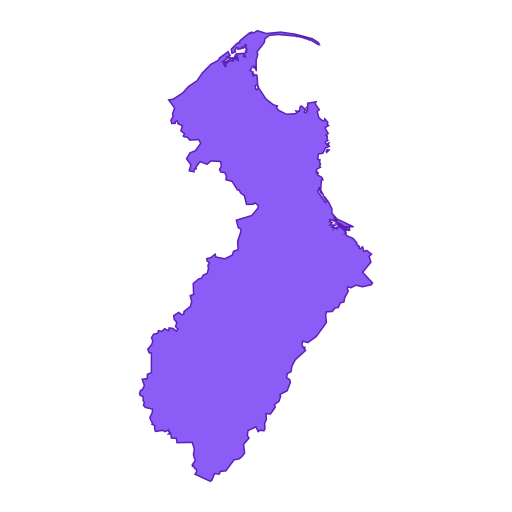 Tasman District, Tasman District, New Zealand
{"feature_id": "76426892B40420864534448", "entity_name": "Tasman District", "entity_type": "district", "adm_level": 2, "iso_a3": "NZL", "parent_name": "New Zealand", "parent_adm1": "Tasman District", "projection": "albers", "projection_center": [172.761, -41.402], "detail": "fine", "context": "isolated", "style": "filled", "palette": "violet", "viewbox_px": 512, "rotation_deg": 0, "n_neighbors": 0, "source": "geoboundaries", "source_scale": "gbopen_adm2", "svg_char_len": 5994}
<svg xmlns="http://www.w3.org/2000/svg" viewBox="0 0 512 512"><path d="M353.1,238.4L346.4,235.6L345.9,233.5L344.9,233.7L346.0,232.5L341.5,227.6L337.5,227.0L336.4,227.4L336.9,228.7L334.6,227.7L333.6,228.8L333.8,227.5L331.9,227.0L335.5,225.0L330.0,225.0L332.2,222.5L329.3,221.6L330.7,220.3L329.4,219.1L334.6,221.1L334.3,217.9L335.5,219.1L336.1,217.9L331.9,213.3L331.9,208.7L328.3,201.7L324.9,197.3L322.9,195.5L326.7,201.3L325.3,202.5L317.7,191.3L319.6,186.9L319.4,189.5L320.6,190.3L321.5,179.9L322.9,179.8L321.9,177.4L318.0,175.2L316.1,171.8L316.9,169.2L320.5,167.1L319.3,165.6L320.5,164.5L319.4,161.1L320.1,160.0L317.6,159.1L318.5,153.9L322.8,153.3L325.4,148.0L329.3,146.4L328.2,144.2L328.8,143.0L327.4,143.7L327.6,144.7L327.4,145.2L325.5,143.4L325.5,141.9L327.9,140.3L327.0,139.5L327.3,136.1L325.8,135.0L328.2,133.5L324.9,127.7L328.6,125.6L327.2,124.1L327.8,122.2L324.8,118.8L324.2,120.9L322.7,120.8L318.9,117.8L317.2,111.4L319.3,109.7L315.2,103.9L316.1,101.8L307.6,103.2L307.7,106.5L305.7,108.1L307.5,107.2L307.9,109.1L306.4,110.2L307.3,111.0L305.8,112.8L304.4,112.3L305.1,109.1L301.4,106.0L300.3,106.5L299.3,111.2L298.2,111.8L298.0,111.2L297.5,111.5L296.6,111.0L296.3,111.0L297.2,111.9L296.1,111.3L296.6,112.8L295.8,113.7L286.1,114.2L278.2,110.0L276.5,107.6L277.3,105.9L273.5,104.9L266.0,99.0L258.8,88.2L258.1,85.8L257.4,85.0L258.2,88.0L256.8,89.8L255.7,89.1L255.2,86.0L257.6,84.2L257.1,75.8L256.0,74.7L253.4,76.0L253.2,75.1L252.9,75.0L252.5,74.4L252.3,73.9L253.1,72.1L250.0,70.4L252.2,67.1L253.9,65.7L253.3,66.6L254.7,66.5L253.9,68.6L255.4,67.0L256.3,71.2L256.1,60.4L257.8,54.5L256.9,52.1L264.2,42.6L265.1,38.5L269.5,35.3L278.0,34.5L296.2,36.1L305.6,38.2L310.1,40.4L309.0,39.7L310.5,39.9L318.3,44.6L319.4,44.7L318.4,42.6L312.3,38.7L294.9,34.1L280.5,32.1L266.3,33.5L257.4,30.7L253.7,32.9L251.5,32.1L250.6,33.7L250.0,32.8L249.6,32.8L240.9,39.9L239.3,41.8L239.7,42.9L237.3,43.1L231.3,49.1L232.0,53.3L235.5,51.7L234.9,50.5L236.2,47.7L237.9,47.9L237.9,49.2L240.6,48.9L242.7,46.4L241.9,48.1L243.1,48.3L244.9,46.6L244.5,45.2L246.4,45.0L245.7,48.3L247.2,49.3L245.4,51.1L246.6,52.2L244.2,53.5L245.4,57.1L243.7,56.3L244.5,55.8L243.2,53.3L236.2,53.9L234.6,56.4L235.2,57.5L237.2,56.0L236.5,58.0L238.1,58.0L238.1,60.5L234.5,58.1L233.3,61.0L231.7,60.9L233.9,58.0L232.5,57.7L229.6,59.2L229.1,60.5L230.5,60.0L229.4,61.1L228.4,60.5L228.2,62.5L228.1,60.6L227.5,60.6L226.7,64.1L226.9,61.4L224.9,62.6L225.1,65.5L225.9,65.1L226.2,65.9L224.9,66.4L224.4,63.1L223.7,64.0L223.5,62.9L224.4,61.7L222.8,61.7L227.4,58.2L226.9,57.3L228.6,57.9L230.1,57.5L228.1,56.5L230.0,55.3L228.1,51.7L219.5,58.0L218.4,60.3L210.9,64.3L202.3,73.0L197.1,80.7L188.4,86.6L182.7,93.0L172.8,99.3L168.7,99.9L174.6,108.0L172.6,113.7L173.0,116.7L170.9,120.2L171.8,123.5L175.1,123.4L175.4,121.5L177.2,120.9L178.0,123.8L182.4,125.6L180.9,130.9L184.6,133.7L183.3,136.0L183.9,136.7L187.5,137.2L189.7,140.1L198.7,139.6L200.7,143.3L195.3,150.8L190.1,152.8L186.5,158.8L190.9,164.7L189.2,170.8L194.0,171.8L194.1,169.4L196.3,168.8L196.0,167.0L200.1,161.6L207.0,164.3L210.8,161.0L220.5,161.5L221.4,166.0L219.5,169.6L220.7,172.0L224.8,172.7L226.4,176.2L225.9,179.7L232.1,181.4L237.5,190.0L239.4,190.2L240.4,192.7L244.4,195.7L246.5,204.4L253.1,204.3L254.9,202.8L258.1,205.3L258.2,207.8L251.8,215.5L236.3,220.2L238.4,227.8L240.4,228.8L241.1,230.9L237.6,241.5L238.2,249.6L233.6,251.2L232.2,255.1L224.7,258.8L215.9,257.0L215.1,254.2L210.9,257.6L206.7,258.7L207.2,261.1L209.5,262.9L207.9,265.4L208.5,268.5L207.3,273.2L203.1,275.2L201.7,278.2L198.8,278.9L193.2,283.5L193.6,294.4L190.2,295.6L191.7,301.4L190.4,306.4L184.0,311.5L183.7,314.2L181.7,314.7L178.7,312.4L173.7,315.6L174.2,319.4L176.8,322.5L175.5,326.6L177.9,329.1L176.4,331.2L172.9,328.4L169.2,327.9L168.5,330.6L164.6,328.7L162.1,331.4L158.5,330.6L157.6,333.3L153.6,334.2L151.5,337.6L152.8,341.2L151.6,344.7L147.8,349.2L149.3,353.0L151.4,352.9L151.4,372.7L147.4,374.2L147.2,378.6L142.2,379.2L144.4,385.7L142.3,389.7L140.5,390.4L139.5,393.7L140.2,395.4L143.2,396.7L143.1,400.6L144.4,402.4L143.4,405.2L145.3,407.4L152.5,409.1L152.2,412.7L149.8,417.7L152.5,423.6L152.0,424.3L154.9,425.5L154.5,428.5L155.5,431.4L162.7,430.4L165.1,431.7L168.7,429.8L168.6,431.5L170.2,432.6L168.5,433.9L170.8,434.0L171.4,438.1L176.3,438.3L177.0,442.7L192.2,442.4L194.4,449.0L193.4,454.5L195.2,460.6L192.3,464.7L192.5,466.3L193.6,466.0L194.7,468.5L196.2,469.0L196.6,471.8L195.0,474.2L210.3,481.3L211.8,480.3L214.5,473.6L219.2,474.1L220.5,471.4L225.8,470.9L234.0,459.9L239.3,458.8L242.5,455.9L244.6,453.0L243.6,444.4L249.0,438.1L247.3,435.4L248.0,430.6L255.9,426.9L258.2,431.6L260.2,430.3L263.9,430.8L265.0,428.6L264.6,423.5L266.4,419.4L266.0,413.6L270.5,414.0L275.3,407.2L274.5,404.5L279.0,401.3L280.6,396.3L279.9,394.6L287.2,390.7L290.4,382.3L289.6,379.5L286.7,377.8L287.2,373.7L291.0,371.7L291.9,366.1L295.3,359.7L305.5,350.5L304.3,348.4L305.3,346.8L303.7,348.1L301.9,344.7L302.7,341.2L307.8,342.6L316.3,336.5L326.4,322.5L325.7,314.8L326.6,311.8L332.3,311.5L335.0,308.0L338.3,307.5L340.3,302.9L344.0,301.9L344.7,297.6L348.3,291.2L347.2,288.4L347.9,286.6L350.7,287.8L356.1,285.2L362.3,286.8L371.3,284.8L372.5,282.9L362.6,272.3L370.9,262.2L369.1,256.5L371.5,254.1L366.8,250.5L363.8,251.3L362.6,246.9L360.4,248.7L358.9,248.0L359.3,246.4L356.6,244.4L356.9,243.0L353.1,238.4ZM353.5,226.8L336.6,218.8L335.6,219.9L337.2,220.3L335.5,221.5L340.2,223.7L344.3,226.7L353.5,226.8ZM336.9,222.5L336.1,223.0L337.2,223.0L337.6,224.9L341.1,226.9L342.3,226.2L336.9,222.5ZM344.2,226.9L348.6,230.5L349.6,230.3L349.4,227.7L344.2,226.9ZM345.7,228.5L341.8,227.1L346.8,230.9L345.7,228.5ZM327.2,149.6L326.1,151.3L326.6,152.4L329.1,150.0L327.2,149.6ZM320.9,190.5L320.6,190.8L320.8,190.9L321.3,191.7L320.0,190.9L321.1,193.0L323.4,195.1L320.9,190.5ZM254.4,74.2L252.6,73.6L252.5,74.3L254.4,74.2ZM305.2,38.3L303.3,37.9L306.3,38.9L305.2,38.3ZM318.4,173.9L318.2,172.9L317.2,171.7L318.4,173.9ZM297.0,36.5L295.6,36.3L297.3,36.7L297.0,36.5ZM344.6,230.1L343.5,229.1L343.4,229.0L343.6,229.6L344.6,230.1Z" fill="#8b5cf6" stroke="#5b21b6" stroke-width="1.5"/></svg>